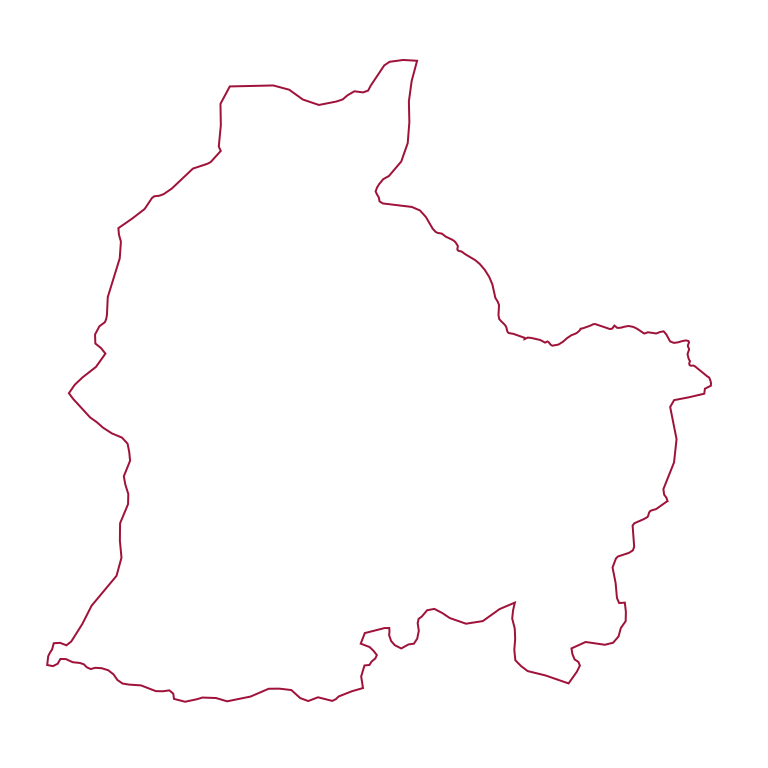 map outline of Tabora (orthographic projection), rotated 182°
{"feature_id": "TZA-3359", "entity_name": "Tabora", "entity_type": "Region", "adm_level": 1, "iso_a3": "TZA", "parent_name": "United Republic of Tanzania", "parent_adm1": "", "projection": "orthographic", "projection_center": [32.512, -5.492], "detail": "fine", "context": "isolated", "style": "outline", "palette": "rose", "viewbox_px": 768, "rotation_deg": 182, "n_neighbors": 0, "source": "natural_earth", "source_scale": "10m", "svg_char_len": 3913}
<svg xmlns="http://www.w3.org/2000/svg" viewBox="0 0 768 768"><g transform="rotate(182 384 384)"><path d="M710.8,91.4L710.1,100.2L708.5,103.8L706.5,107.0L705.0,113.4L698.7,114.0L692.3,111.8L687.6,115.7L677.2,133.5L668.5,152.2L644.6,183.0L640.3,201.3L642.5,218.3L642.9,235.6L635.6,255.0L635.7,265.1L639.1,274.8L640.8,282.7L635.1,298.4L636.2,306.9L638.2,315.4L644.0,321.3L654.2,325.1L663.2,330.5L669.7,335.8L676.5,340.3L694.2,358.3L698.6,363.8L693.0,372.5L685.5,380.1L672.4,391.1L663.5,404.6L667.9,409.9L673.9,414.4L674.5,423.4L670.4,431.8L665.0,436.1L663.8,439.7L663.3,443.6L663.1,461.2L652.5,500.3L651.9,517.1L654.1,524.0L654.9,530.5L641.1,540.8L629.3,550.6L622.3,561.9L620.1,563.6L615.1,564.3L610.8,566.1L602.9,571.9L582.5,592.6L568.0,598.0L564.9,599.8L555.3,611.2L557.4,615.6L556.1,636.9L557.2,658.3L548.5,676.0L505.1,678.5L489.0,674.8L475.1,665.5L458.8,660.6L441.6,664.6L435.3,666.9L430.5,671.3L423.8,675.5L415.1,674.7L410.1,676.7L407.7,681.7L394.9,702.4L389.7,706.2L376.1,708.5L362.2,708.2L366.9,688.0L369.0,667.4L367.8,646.5L368.7,625.6L374.5,607.0L386.3,592.1L391.9,588.7L395.9,583.5L397.9,579.9L399.1,576.1L397.6,573.2L395.8,570.5L394.8,566.3L391.4,564.4L362.3,561.9L354.1,558.7L348.0,552.4L340.7,540.8L337.7,537.8L335.8,536.9L331.3,536.3L327.6,533.5L320.5,530.4L318.4,529.0L317.3,527.9L315.2,524.8L315.0,523.8L315.4,521.5L315.2,520.6L314.0,519.6L311.5,519.2L310.3,518.6L307.5,516.6L297.2,511.0L292.4,507.2L287.3,501.6L282.6,494.7L279.2,487.4L275.7,473.9L273.2,470.2L271.8,466.9L272.0,457.0L271.2,453.1L269.7,451.4L265.9,447.9L264.3,446.1L263.5,444.2L262.9,441.9L262.1,440.0L260.9,439.2L256.7,438.7L245.2,435.1L245.2,433.7L242.0,435.4L238.5,435.2L229.3,433.4L224.5,431.0L223.8,431.2L223.1,431.8L222.2,432.2L221.0,431.6L219.2,429.5L218.1,428.6L216.9,428.2L211.0,429.5L206.6,432.5L202.7,436.2L198.4,439.3L194.4,441.0L192.8,442.0L190.6,444.1L189.5,445.5L189.5,446.1L186.9,446.7L179.4,449.7L177.1,451.0L175.1,451.3L160.1,446.8L157.9,447.3L155.8,450.4L152.8,448.2L149.3,448.5L145.5,449.7L141.5,450.5L137.0,449.8L133.1,448.1L125.7,443.5L122.0,444.9L113.7,444.0L109.9,445.6L106.4,446.4L103.5,443.3L99.6,436.6L95.7,435.2L91.6,435.9L87.5,437.3L83.7,438.1L81.1,437.5L80.6,436.1L81.7,433.2L81.5,432.0L80.5,430.1L80.3,429.1L81.7,424.5L80.8,421.1L80.1,419.2L79.0,417.5L79.5,416.0L79.7,414.7L79.0,413.4L78.1,413.0L75.3,413.2L74.1,412.7L60.8,402.6L59.9,402.3L59.2,401.7L57.8,398.5L57.2,396.1L57.3,393.7L63.1,390.5L63.6,385.5L79.1,381.3L93.5,378.0L97.2,371.0L89.7,339.1L91.4,315.8L101.1,288.7L100.2,283.3L97.8,280.2L96.5,276.8L97.7,276.1L107.7,268.5L112.3,267.0L113.7,266.1L114.6,264.7L115.4,261.5L116.1,260.2L119.7,258.0L128.9,253.6L130.6,251.2L128.3,230.1L129.4,226.5L133.1,223.9L144.3,219.7L146.1,217.7L149.2,208.6L145.6,193.3L143.7,178.2L141.3,173.3L135.7,173.9L134.3,164.7L134.2,155.4L138.8,148.4L140.8,139.9L146.0,133.4L154.2,131.1L173.5,133.2L187.4,126.3L186.3,120.7L183.9,115.4L180.0,113.0L178.4,109.4L181.2,103.2L189.1,91.2L212.6,98.4L230.4,102.1L237.2,106.9L243.1,112.5L244.5,122.9L244.0,133.8L244.8,144.2L247.7,154.1L247.1,162.4L245.6,170.1L260.6,163.1L277.0,150.5L293.7,147.3L310.1,152.4L317.7,157.1L325.8,161.0L333.0,159.4L338.1,152.9L341.2,150.5L342.0,146.2L340.6,138.6L341.9,130.7L345.1,125.5L350.4,124.6L357.5,120.3L364.2,123.4L367.9,127.4L370.1,133.1L369.9,136.9L370.2,140.3L375.0,140.1L394.5,134.4L398.2,123.7L389.2,120.6L385.2,117.0L381.7,112.9L383.1,109.4L386.6,106.3L388.8,102.7L393.7,102.0L396.6,90.9L394.4,79.4L405.4,75.8L418.3,70.2L421.2,67.3L424.7,65.5L439.0,68.6L448.7,64.5L456.8,67.2L465.9,74.9L477.9,75.9L488.6,75.4L506.4,67.0L529.7,61.4L540.9,64.3L554.5,64.3L560.1,62.4L571.7,59.5L582.9,62.0L583.8,67.2L587.8,70.3L594.4,69.2L601.3,69.1L616.3,74.3L628.4,74.7L634.8,75.5L640.1,78.9L644.2,84.4L649.6,88.3L656.2,90.1L662.6,90.3L667.2,88.9L671.1,90.5L674.2,93.4L678.2,94.6L685.4,95.1L692.3,98.0L697.8,97.9L700.4,93.0L705.0,90.5L710.8,91.4Z" fill="none" stroke="#9f1239" stroke-width="2"/></g></svg>